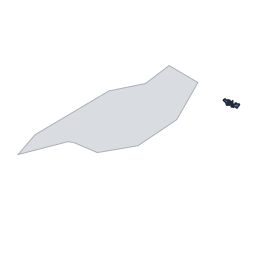 Medalaii, Koror, Palau (highlighted), rotated 230°
{"feature_id": "81905179B66298370942195", "entity_name": "Medalaii", "entity_type": "district", "adm_level": 2, "iso_a3": "PLW", "parent_name": "Palau", "parent_adm1": "Koror", "projection": "albers", "projection_center": [134.462, 7.336], "detail": "fine", "context": "in_parent", "style": "filled", "palette": "slate", "viewbox_px": 256, "rotation_deg": 230, "n_neighbors": 0, "source": "geoboundaries", "source_scale": "gbopen_adm2", "svg_char_len": 3734}
<svg xmlns="http://www.w3.org/2000/svg" viewBox="0 0 256 256"><g transform="rotate(230 128 128)"><path d="M149.4,199.6L117.9,210.8L103.1,170.8L108.0,124.3L128.9,88.7L151.6,77.2L156.2,73.1L178.3,26.8L182.6,52.4L168.7,137.1L150.8,170.1L149.4,199.6Z" fill="#d9dde1" stroke="#a8b0b8" stroke-width="1"/><path d="M87.9,221.1L88.2,219.7L88.1,219.3L88.1,219.1L88.0,218.9L87.8,219.0L87.7,219.0L87.5,218.9L87.2,218.9L86.9,218.9L86.9,219.0L86.7,218.9L86.4,219.0L86.1,219.0L85.9,219.1L85.4,219.2L85.0,219.2L84.8,219.3L84.8,219.2L84.3,219.1L84.2,219.1L83.9,218.9L83.7,218.9L83.4,218.8L83.1,218.6L82.9,218.5L82.4,218.3L82.1,218.3L81.9,218.4L81.7,218.6L81.6,218.8L81.5,219.1L81.4,219.2L81.4,219.4L81.2,219.4L81.1,219.6L81.3,219.9L80.7,220.6L80.5,220.4L80.6,220.1L80.3,220.4L80.2,220.5L80.4,220.7L80.5,220.9L80.5,221.0L80.8,221.1L80.7,221.2L80.8,221.3L80.9,221.2L81.0,220.8L81.2,220.6L81.0,220.4L81.4,220.0L81.5,220.1L81.8,220.2L81.8,220.3L82.1,220.4L82.0,220.5L82.2,220.8L82.3,220.8L82.3,221.0L82.5,221.2L82.8,220.9L82.8,220.7L82.9,220.8L83.0,220.8L83.3,220.9L83.4,221.0L83.4,221.3L83.5,221.3L83.8,221.4L83.9,221.5L83.3,222.0L83.2,222.2L82.8,222.3L82.6,222.1L82.5,221.9L82.5,222.1L82.6,222.3L82.4,222.3L82.2,222.3L82.2,222.6L82.3,222.6L82.7,222.5L82.8,222.6L82.7,222.8L82.8,222.8L82.8,222.6L83.0,222.6L83.0,222.8L83.1,223.1L83.2,223.3L83.6,223.9L83.8,224.1L83.7,224.0L83.6,223.9L83.8,223.7L84.0,223.5L84.2,223.4L84.4,223.2L84.5,223.1L84.4,223.1L84.2,223.2L84.1,223.3L83.9,223.4L83.8,223.6L83.7,223.7L83.6,223.8L83.4,223.7L83.3,223.4L83.2,223.2L83.6,222.9L83.2,223.0L83.2,222.9L83.3,222.8L83.7,222.6L83.9,222.8L84.0,222.8L84.3,222.9L84.1,223.0L84.3,223.0L84.4,222.9L84.5,222.9L84.5,223.1L84.8,223.1L85.0,222.1L85.2,221.9L85.4,221.8L85.7,221.8L85.8,221.8L85.8,221.6L86.0,221.5L86.0,221.4L86.7,221.1L87.2,221.1L87.9,221.1ZM74.8,229.2L74.8,228.4L75.1,228.4L75.6,227.9L75.7,227.7L76.0,227.4L76.2,227.1L76.4,226.8L76.7,226.9L76.8,226.9L77.1,226.5L77.2,226.3L77.8,226.8L78.1,226.2L77.3,225.5L77.3,225.4L77.3,225.1L77.4,224.9L77.8,225.0L78.0,224.5L78.1,224.4L78.5,224.3L78.6,223.7L78.8,223.6L78.7,223.4L78.3,223.5L77.9,223.6L77.7,223.5L77.7,223.4L77.6,223.0L77.6,222.6L77.7,222.2L77.3,222.0L77.2,221.9L77.1,222.0L76.9,222.1L76.7,222.0L76.7,221.9L76.7,221.7L76.4,221.8L76.3,222.0L76.5,222.4L76.4,222.4L76.2,222.3L76.2,222.6L76.1,223.0L76.0,223.3L75.9,223.4L75.7,223.4L75.6,223.6L75.3,223.7L75.2,223.8L74.9,223.8L74.9,223.6L74.8,223.8L74.7,224.0L74.4,223.9L74.4,223.7L74.4,223.3L74.4,223.7L74.3,223.9L74.3,224.0L73.8,224.0L73.7,224.1L73.8,224.1L74.4,224.0L74.5,224.1L74.4,224.2L73.9,224.2L73.7,224.2L73.7,224.3L73.4,224.6L73.4,224.8L73.5,225.0L73.5,225.3L73.5,225.5L73.6,226.1L73.6,226.3L73.7,226.7L73.8,226.8L73.9,227.1L74.2,228.3L74.3,228.4L74.7,228.4L74.8,229.2ZM78.8,221.5L78.7,221.4L78.4,221.4L78.3,221.5L78.5,221.8L78.8,222.1L78.6,222.3L78.6,222.5L78.7,222.8L78.8,223.0L79.3,223.1L79.5,223.3L79.8,223.3L79.9,223.5L79.9,223.9L80.1,224.1L80.3,224.4L80.3,224.5L80.6,224.9L80.8,225.1L81.0,225.2L81.2,225.3L81.2,225.5L81.3,225.5L81.5,225.6L81.5,225.3L81.5,225.2L81.2,225.2L81.2,224.6L81.3,224.4L81.4,224.2L81.5,224.2L81.8,224.1L81.9,223.7L81.8,223.4L81.7,223.3L81.4,223.2L81.2,223.0L81.1,222.9L80.9,222.8L80.8,222.6L80.7,222.5L80.5,222.4L79.8,221.9L79.7,221.9L79.4,221.9L79.1,221.8L80.5,221.8L80.5,221.7L79.0,221.7L78.9,221.6L78.8,221.5ZM82.9,221.3L83.0,221.4L83.0,221.2L82.9,220.9L82.8,221.0L82.7,221.3L82.8,221.4L82.8,221.5L82.9,221.3ZM77.8,221.3L78.0,221.4L78.3,221.5L78.3,221.4L78.2,221.2L78.1,221.3L78.0,221.2L77.9,221.3L77.8,221.2L77.8,221.3L77.8,221.3ZM83.3,221.0L83.2,221.1L83.3,221.3L83.4,221.2L83.3,221.0ZM78.3,222.1L78.2,222.0L78.3,222.1L78.3,222.1ZM77.2,221.5L77.3,221.7L77.2,221.5Z" fill="#64748b" stroke="#1e293b" stroke-width="1.5"/></g></svg>